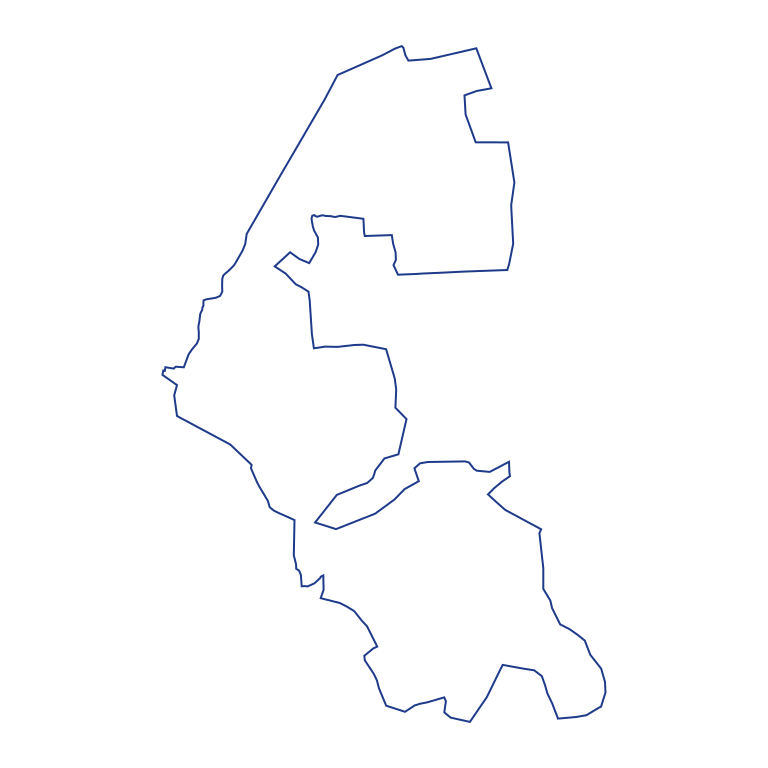 outline of Makoda, Kano, Nigeria
{"feature_id": "59680162B1898458611197", "entity_name": "Makoda", "entity_type": "district", "adm_level": 2, "iso_a3": "NGA", "parent_name": "Nigeria", "parent_adm1": "Kano", "projection": "orthographic", "projection_center": [8.472, 12.427], "detail": "fine", "context": "isolated", "style": "outline", "palette": "blue", "viewbox_px": 768, "rotation_deg": 0, "n_neighbors": 0, "source": "geoboundaries", "source_scale": "gbopen_adm2", "svg_char_len": 2994}
<svg xmlns="http://www.w3.org/2000/svg" viewBox="0 0 768 768"><path d="M444.3,712.4L450.6,717.6L469.9,721.9L486.9,697.0L500.0,670.2L502.7,664.9L523.7,668.7L534.2,670.3L541.8,676.1L545.0,685.0L547.4,693.5L552.2,703.4L558.0,718.6L576.2,717.0L586.4,715.2L598.9,707.7L601.0,706.7L605.2,693.4L605.5,692.5L605.0,682.0L601.2,668.7L590.3,654.8L584.8,640.6L578.1,635.2L569.6,629.2L560.2,624.4L552.1,608.2L550.3,600.5L543.3,588.9L543.3,568.2L539.4,533.1L541.2,529.3L505.2,509.9L495.5,501.3L488.0,494.4L494.7,487.7L502.6,481.2L510.0,476.2L509.4,472.2L509.0,461.8L489.7,471.9L476.8,470.7L474.0,469.0L469.0,462.5L465.0,461.4L446.6,461.7L427.8,462.0L420.1,463.3L414.4,468.3L418.8,481.2L404.6,489.1L394.6,499.4L375.1,513.7L336.0,529.1L315.1,522.5L336.8,494.9L360.0,485.4L367.2,483.0L372.8,478.0L374.3,473.9L375.2,470.6L384.5,458.4L398.4,454.3L406.5,419.1L395.4,407.7L396.2,389.6L394.8,378.7L386.1,349.2L363.2,344.7L354.4,345.0L337.5,346.9L324.8,346.6L324.7,346.7L313.9,348.3L311.9,334.1L309.7,300.5L308.5,291.7L301.8,287.4L295.7,284.2L285.6,273.5L274.7,266.4L290.1,252.3L299.4,259.0L309.2,263.1L315.6,252.2L318.2,244.6L317.9,237.4L314.1,230.6L312.7,226.0L312.5,224.1L312.1,222.6L311.7,220.0L311.6,218.0L312.3,215.7L314.2,215.1L315.6,216.2L317.4,216.7L319.0,216.2L320.4,215.8L321.7,215.4L323.0,215.4L324.5,215.6L325.7,216.0L327.3,216.0L329.2,216.1L330.7,216.1L332.3,216.5L333.8,216.8L335.3,217.0L340.3,215.8L363.4,218.8L364.1,232.3L364.8,236.0L391.8,235.1L393.1,243.5L395.6,252.5L395.9,259.8L393.5,265.1L398.0,274.7L415.4,274.0L423.4,273.5L443.8,272.6L463.7,271.6L507.3,270.0L509.1,264.1L513.2,243.7L511.5,211.9L511.2,205.1L514.4,182.5L508.1,142.4L475.7,142.3L465.6,114.5L464.5,95.4L476.6,91.0L491.4,88.3L476.3,48.3L430.6,58.9L408.4,60.6L405.4,55.3L403.4,47.7L401.7,46.1L394.6,48.8L381.8,55.5L337.6,75.0L324.7,99.4L289.3,160.2L281.1,174.2L246.7,233.9L245.2,244.2L242.4,250.9L238.1,258.4L234.4,264.8L231.5,267.9L227.9,271.4L225.4,273.4L223.4,275.3L222.3,278.6L222.1,285.8L222.3,291.6L220.1,295.9L216.0,297.7L211.6,298.5L206.8,299.2L203.6,300.3L203.4,303.4L203.5,305.3L202.4,307.5L202.2,310.0L201.0,312.1L200.2,314.2L199.3,321.9L198.5,325.6L198.4,328.1L198.8,332.0L198.8,336.5L198.8,338.9L196.9,343.5L192.1,349.3L188.7,354.2L183.8,367.3L175.7,366.7L173.7,368.6L165.4,367.2L164.8,370.9L163.3,370.5L162.8,372.9L162.5,374.9L162.8,375.1L177.0,385.1L174.2,395.3L177.0,415.9L180.1,417.7L230.2,444.5L251.6,464.8L251.0,468.3L257.1,482.4L259.6,487.1L267.9,500.9L269.7,507.2L274.0,510.7L279.8,513.5L290.6,518.3L294.5,520.1L293.8,555.4L296.1,564.4L296.2,568.8L299.0,570.5L300.9,575.0L301.7,586.3L304.8,586.1L307.6,586.4L314.1,583.5L315.6,582.3L320.2,578.0L320.8,576.7L323.3,575.4L323.6,589.8L320.7,598.2L339.8,603.0L346.9,606.6L354.2,611.1L361.9,620.8L367.0,626.2L377.2,646.6L373.2,648.5L364.3,655.8L364.8,660.3L373.8,673.9L376.9,680.3L378.9,688.2L386.2,705.7L405.0,711.8L414.9,705.3L417.3,704.7L419.3,703.9L422.4,703.3L427.0,702.4L444.2,697.4L445.9,701.1L444.3,712.4Z" fill="none" stroke="#1e3a8a" stroke-width="2"/></svg>